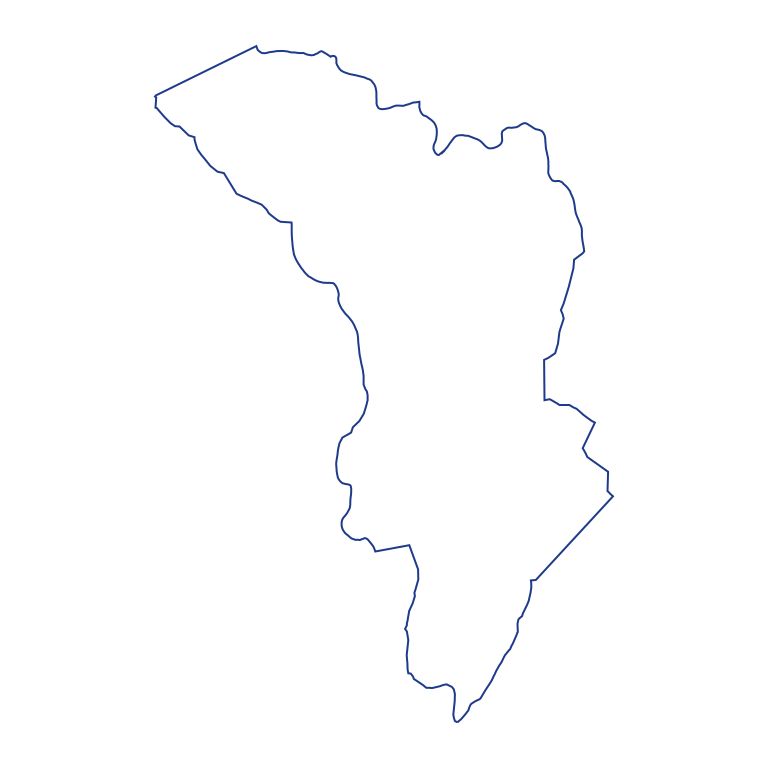 Blanchard, Vieux Fort, Saint Lucia (Equal Earth projection)
{"feature_id": "8701671B33750138379558", "entity_name": "Blanchard", "entity_type": "district", "adm_level": 2, "iso_a3": "LCA", "parent_name": "Saint Lucia", "parent_adm1": "Vieux Fort", "projection": "equal_earth", "projection_center": [-60.946, 13.805], "detail": "fine", "context": "isolated", "style": "outline", "palette": "blue", "viewbox_px": 768, "rotation_deg": 0, "n_neighbors": 0, "source": "geoboundaries", "source_scale": "gbopen_adm2", "svg_char_len": 6068}
<svg xmlns="http://www.w3.org/2000/svg" viewBox="0 0 768 768"><path d="M155.5,107.7L156.7,108.0L164.1,116.6L170.7,123.3L175.0,126.2L179.5,126.5L188.7,135.4L194.5,137.2L194.5,139.3L195.3,142.5L197.4,149.3L201.4,155.0L203.8,157.8L210.4,166.0L217.5,171.7L223.9,173.1L236.5,193.7L241.0,195.9L247.9,198.7L251.4,200.5L256.9,202.6L261.7,204.7L266.7,209.7L268.8,213.3L272.2,216.1L277.8,220.4L280.7,221.8L287.0,222.2L291.5,222.5L291.7,224.0L291.7,231.6L291.8,235.8L292.6,245.7L293.3,250.7L294.0,254.5L295.3,257.9L296.6,260.6L298.4,263.6L301.0,267.6L305.1,272.9L308.5,276.3L310.8,277.5L313.1,279.0L315.1,280.1L317.5,281.2L319.8,281.9L323.2,282.7L327.8,282.9L330.5,282.9L333.1,283.2L334.0,283.6L334.8,284.7L335.2,285.1L336.0,286.1L336.9,287.9L337.5,289.3L338.4,292.4L338.8,294.7L338.3,297.6L338.2,299.7L338.8,302.6L340.1,305.7L341.3,308.1L342.8,310.3L345.2,313.5L346.8,315.2L348.3,316.7L350.4,319.3L352.1,321.5L353.5,323.9L354.5,325.8L355.4,328.1L356.1,329.6L356.7,331.0L357.4,333.2L357.9,336.4L358.1,339.0L358.2,341.5L358.4,343.4L358.7,346.2L359.6,354.6L361.0,361.7L361.5,364.5L361.8,365.4L362.8,370.0L363.6,375.8L363.6,384.6L365.4,389.2L366.8,391.3L367.6,395.0L367.6,400.3L366.2,405.9L363.8,413.7L359.3,421.1L352.9,427.2L351.1,432.6L342.4,437.6L339.5,443.2L338.5,447.4L337.9,450.7L337.6,453.3L337.4,455.2L336.6,459.9L336.2,463.2L336.2,464.8L336.5,468.2L336.7,471.5L337.0,473.2L337.3,475.0L337.9,477.7L339.1,479.9L340.5,481.6L342.3,483.1L344.3,483.7L345.7,484.0L348.5,484.5L350.2,485.2L350.7,486.0L351.2,488.3L351.2,491.2L351.1,493.9L350.5,498.3L350.3,501.8L350.3,504.1L350.0,507.0L349.6,508.4L348.1,511.3L346.9,513.4L345.1,515.7L343.9,517.1L343.0,518.2L342.2,519.9L341.7,521.7L341.6,523.5L341.7,526.3L342.4,528.8L343.5,530.8L345.1,533.1L347.8,535.3L349.4,536.7L351.4,538.4L355.6,539.9L357.9,539.7L359.8,540.1L361.5,539.3L362.9,538.9L364.7,538.1L366.4,538.5L367.8,539.5L371.5,544.0L373.3,546.4L374.4,548.9L375.3,551.5L409.3,545.2L418.1,569.4L418.3,579.5L415.6,589.1L414.4,592.8L414.9,596.1L412.6,603.5L409.2,610.9L407.4,621.4L406.9,622.9L406.9,625.1L405.1,629.0L406.9,631.5L408.3,640.1L406.7,655.2L407.4,663.5L407.6,669.6L408.3,673.3L410.8,673.6L413.1,676.7L413.8,678.9L422.9,685.0L426.3,687.8L429.5,687.8L432.0,688.1L440.0,686.2L441.4,685.6L444.4,684.7L446.7,684.4L451.9,686.9L453.8,689.3L454.9,693.9L454.7,701.3L453.8,709.9L453.3,714.8L454.0,718.2L454.9,721.0L456.5,721.9L457.9,721.9L461.1,719.2L465.4,714.2L468.4,710.3L469.0,708.3L470.1,705.5L471.0,704.1L472.5,703.0L474.4,701.8L476.7,700.5L479.5,699.3L480.7,698.1L485.2,690.5L489.7,683.7L491.8,680.3L493.7,676.1L494.7,674.3L496.2,670.9L499.5,665.1L501.4,662.4L503.5,658.0L504.9,655.3L509.1,650.1L510.1,649.2L511.5,645.9L512.9,643.4L516.5,635.1L517.1,633.4L517.3,632.8L517.8,632.1L517.5,623.8L517.8,622.3L518.4,619.6L519.1,618.6L522.1,616.1L522.8,613.6L527.2,604.6L528.7,600.9L530.5,592.9L531.3,587.8L531.2,582.5L530.9,580.4L535.8,580.0L613.0,496.3L610.2,493.8L608.8,492.2L607.5,491.1L608.1,471.8L587.3,457.0L585.5,453.1L584.0,450.4L582.7,448.2L594.9,422.6L591.5,420.8L583.7,415.1L576.6,408.8L573.4,407.4L569.4,405.0L559.5,405.0L556.6,403.1L549.8,399.2L544.5,400.2L544.1,359.9L548.1,358.0L555.2,353.2L558.0,343.6L559.4,332.1L560.3,329.0L563.7,318.7L562.7,314.4L560.9,310.1L563.7,303.4L568.7,287.1L573.4,268.4L574.1,259.7L583.0,253.0L584.2,251.3L583.8,248.1L583.7,247.5L583.2,244.8L582.6,241.6L582.4,240.1L582.1,237.6L581.9,235.4L581.9,233.5L581.9,230.5L581.7,228.4L580.9,225.8L580.2,224.0L579.3,222.1L578.3,219.4L577.3,217.1L576.2,214.3L575.5,211.7L575.1,209.2L574.5,204.8L574.0,202.0L573.6,200.3L572.9,198.0L572.0,196.0L570.8,193.4L570.1,191.4L568.0,188.4L566.6,186.7L563.9,184.2L561.9,182.1L559.2,181.0L557.2,181.0L555.3,181.2L553.1,180.8L551.9,180.0L550.6,178.2L549.6,176.5L548.6,174.2L548.2,172.3L548.4,169.4L548.4,167.6L548.5,165.9L548.4,165.1L548.3,164.3L548.4,161.5L548.0,157.8L547.3,154.8L546.8,152.3L546.2,149.7L545.8,147.1L545.7,145.0L545.4,141.9L545.2,138.4L544.7,135.7L543.5,133.1L542.3,131.5L540.7,130.5L538.4,129.7L536.2,129.3L534.4,128.5L533.0,127.6L531.5,126.6L529.2,125.2L527.3,123.9L525.7,123.2L523.6,123.3L522.0,124.0L520.4,124.9L518.5,126.3L516.3,127.2L514.1,127.5L511.7,127.8L508.6,127.6L506.8,128.1L505.8,128.8L503.1,130.6L502.2,131.6L501.8,133.7L502.2,140.4L501.9,141.7L501.3,143.2L500.2,144.6L498.6,145.8L496.8,146.8L495.2,147.4L493.2,148.1L490.5,148.4L488.5,148.2L486.6,147.1L485.2,145.9L481.2,141.7L479.7,140.6L478.2,139.7L476.4,138.9L474.2,138.2L472.4,137.4L468.1,135.8L465.4,135.7L463.2,135.2L460.4,135.2L458.8,135.3L456.9,135.7L455.6,136.5L454.6,137.2L453.2,138.8L451.0,141.8L450.0,143.1L447.4,147.0L446.4,148.1L445.6,149.0L444.1,151.1L442.8,152.3L442.9,151.6L441.0,153.2L440.1,153.9L439.6,154.4L438.8,155.0L437.9,154.9L437.1,154.6L435.4,153.0L435.0,152.4L434.1,150.6L433.5,149.1L433.5,147.3L433.6,146.0L434.0,144.5L434.6,143.1L435.2,141.9L436.1,139.2L436.7,134.9L436.8,133.4L436.8,131.3L436.6,128.5L436.0,126.5L435.5,125.1L433.9,122.4L431.5,120.1L428.6,118.0L427.1,116.8L425.4,115.9L424.0,115.6L423.2,115.1L422.2,114.1L421.2,112.7L420.3,111.0L419.8,109.2L419.3,106.9L419.4,105.4L419.4,103.9L419.4,101.8L415.5,102.4L414.5,102.4L413.1,102.6L412.0,103.0L411.2,103.3L409.0,104.1L406.5,104.8L403.4,105.8L402.8,105.8L400.5,105.7L398.5,105.6L396.1,105.6L393.5,106.4L390.5,107.7L388.0,108.4L385.3,108.9L382.6,109.2L380.1,108.9L378.4,108.0L377.8,106.9L376.9,105.2L376.5,103.3L376.6,101.0L376.4,96.9L376.4,92.4L376.1,90.1L375.5,87.2L374.8,85.6L374.2,84.3L371.8,81.2L370.8,80.2L369.5,79.4L367.5,78.8L364.4,77.4L355.9,75.3L349.7,74.1L344.4,72.3L341.3,70.7L339.4,68.8L338.0,66.5L337.1,65.0L336.4,63.2L336.4,60.9L336.3,58.6L335.9,57.4L334.7,56.2L332.9,55.9L330.9,56.3L330.6,56.7L326.9,54.2L322.4,51.5L321.1,51.2L320.1,51.6L318.8,52.4L317.9,53.2L315.8,54.0L313.8,55.0L311.4,55.3L307.3,54.6L305.2,53.8L303.5,53.0L300.7,53.1L297.5,52.9L295.4,52.5L291.1,52.4L287.7,51.5L284.5,51.1L281.7,50.9L279.7,51.1L277.9,51.0L274.9,51.4L272.7,51.8L270.4,52.0L265.3,53.2L262.3,53.1L260.6,52.3L258.8,50.9L257.7,49.9L256.3,46.1L155.9,95.4L155.0,96.6L156.2,97.5L155.5,107.7Z" fill="none" stroke="#1e3a8a" stroke-width="2"/></svg>